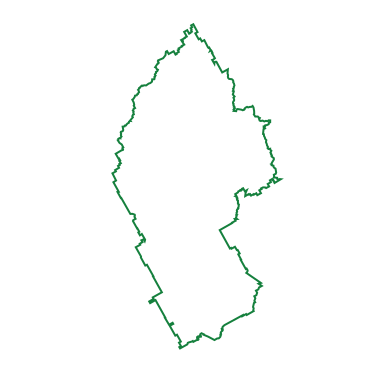 the district of Wagga Wagga, New South Wales, Australia, rotated 232°
{"feature_id": "25037944B76630671058420", "entity_name": "Wagga Wagga", "entity_type": "district", "adm_level": 2, "iso_a3": "AUS", "parent_name": "Australia", "parent_adm1": "New South Wales", "projection": "mercator", "projection_center": [147.38, -35.186], "detail": "fine", "context": "isolated", "style": "outline", "palette": "green", "viewbox_px": 384, "rotation_deg": 232, "n_neighbors": 0, "source": "geoboundaries", "source_scale": "gbopen_adm2", "svg_char_len": 6065}
<svg xmlns="http://www.w3.org/2000/svg" viewBox="0 0 384 384"><g transform="rotate(232 192 192)"><path d="M76.1,86.3L74.8,94.5L75.7,95.8L75.6,96.4L74.2,100.0L74.1,100.9L73.1,100.8L72.5,104.3L71.7,105.8L71.8,106.3L72.4,106.7L73.3,106.6L73.7,106.1L74.5,106.6L74.5,108.0L73.2,108.7L72.5,110.0L72.9,110.3L73.7,109.6L74.1,109.9L75.0,111.5L74.6,112.3L74.7,112.6L72.5,113.7L72.3,113.3L68.2,115.6L61.5,118.6L61.1,121.6L60.2,123.0L60.4,125.0L61.1,126.1L61.6,126.2L61.6,126.6L62.3,126.8L62.2,127.5L63.6,128.2L64.0,129.5L63.9,130.5L64.3,131.3L64.8,131.6L65.2,130.9L66.0,131.2L66.0,132.1L66.9,133.2L67.1,135.6L63.7,156.1L63.1,155.5L62.5,159.5L61.4,159.4L60.2,167.3L61.0,167.4L62.4,169.0L63.8,169.3L66.4,172.5L66.2,173.9L67.8,174.1L69.3,176.5L71.5,176.9L71.1,179.2L72.5,181.3L74.9,181.7L74.4,184.3L75.5,186.0L75.0,189.2L78.7,188.0L77.9,190.3L94.8,185.0L95.2,186.7L96.0,187.6L98.1,187.9L98.2,187.0L108.6,188.6L108.5,189.1L114.4,190.1L114.2,191.7L118.2,192.3L118.6,191.6L122.4,192.1L123.0,188.3L123.9,188.4L124.1,187.1L144.9,190.4L142.8,204.6L143.2,204.7L142.5,208.7L144.4,209.0L143.0,210.9L144.6,210.6L145.2,211.9L145.8,212.1L146.1,212.9L146.3,212.6L146.8,212.8L147.2,213.7L148.3,214.4L148.6,215.4L149.8,215.9L150.4,216.8L150.3,217.7L150.7,218.0L150.7,218.5L151.2,218.6L151.5,219.4L152.4,220.4L152.9,220.6L153.2,221.1L153.7,220.9L154.5,221.4L154.8,221.2L157.0,223.0L157.6,222.6L158.4,222.8L159.0,223.8L159.7,223.5L160.3,223.7L160.3,224.3L161.5,224.4L162.1,223.8L162.2,224.7L163.7,224.8L163.4,228.0L164.0,228.9L163.7,229.7L163.8,230.5L163.1,231.1L163.7,231.6L163.0,232.5L163.1,233.7L163.7,233.7L163.5,234.6L160.0,234.1L159.7,236.2L158.4,233.8L156.0,231.4L155.4,235.5L154.7,235.4L154.5,236.5L152.8,236.3L152.4,239.2L151.8,239.1L151.4,241.9L149.3,241.5L148.6,245.6L151.9,246.1L151.5,248.6L152.3,248.7L151.9,250.8L150.5,252.5L149.5,252.8L148.9,256.2L151.7,256.6L151.2,260.3L153.2,260.6L152.9,263.0L151.7,262.8L151.6,263.5L149.2,263.1L149.2,262.8L148.3,262.6L147.4,269.9L148.2,269.1L148.8,267.7L150.0,267.2L150.8,267.8L153.1,265.4L153.8,266.4L155.2,267.1L154.8,269.2L155.5,270.3L159.0,272.2L160.5,271.7L161.8,271.8L162.6,272.4L164.0,271.3L164.4,271.8L165.2,271.6L165.1,272.2L165.8,272.8L167.2,276.5L168.3,277.3L171.0,276.6L171.7,277.6L172.3,277.3L173.5,277.6L173.7,278.1L174.8,278.1L175.6,279.9L177.4,279.7L178.0,280.2L178.8,278.7L180.1,278.6L180.7,279.6L182.6,279.8L183.6,280.4L185.8,281.0L187.1,282.5L189.0,282.4L190.1,283.0L191.7,283.2L193.3,284.2L194.0,283.7L197.5,287.1L197.2,288.5L198.7,288.2L199.5,288.8L198.7,289.8L199.4,290.2L199.5,290.8L198.7,291.9L198.2,294.1L199.2,295.4L198.8,296.5L200.3,297.7L201.3,296.5L201.2,295.2L202.6,294.0L203.1,292.4L204.8,291.6L205.6,289.9L206.6,289.3L207.8,289.6L208.5,290.9L209.2,290.2L209.8,290.5L211.0,290.3L212.5,288.3L215.1,288.5L215.5,289.3L217.7,290.9L220.8,292.5L222.5,292.7L222.5,291.3L223.5,289.9L224.1,288.3L225.2,287.8L225.5,286.0L225.3,284.6L224.8,284.4L224.7,283.7L225.2,282.3L226.5,281.6L229.3,279.0L229.6,278.1L228.5,276.6L230.2,274.8L230.4,275.3L231.4,275.5L231.4,276.2L231.8,276.5L231.7,277.3L232.7,277.8L233.3,277.5L233.4,278.0L235.0,278.1L235.7,279.0L236.3,278.8L237.3,279.4L237.9,280.3L238.1,281.4L239.2,282.3L240.8,282.7L241.0,284.3L243.7,284.2L245.4,286.7L246.4,286.4L246.7,287.5L248.1,287.9L248.3,289.1L249.1,289.6L249.8,291.0L251.8,291.9L252.9,291.9L253.5,292.3L253.8,292.8L255.1,293.1L256.4,292.8L258.2,290.9L259.5,290.7L260.7,291.2L261.9,292.4L263.6,293.0L266.6,295.8L267.6,289.4L279.6,291.4L280.4,290.3L280.3,289.6L279.3,288.6L283.6,289.2L283.3,289.9L283.3,292.4L289.1,293.2L289.0,293.8L291.3,294.3L291.8,294.3L292.0,293.1L292.5,294.1L295.3,294.5L295.4,293.7L296.5,293.7L304.1,295.2L304.6,292.5L308.0,293.0L308.2,291.3L315.0,292.3L314.6,294.8L323.4,296.3L323.8,293.9L321.7,293.5L321.9,291.8L320.1,291.6L319.8,290.8L318.4,290.6L318.7,288.6L318.3,288.5L318.5,287.2L322.5,287.9L323.0,284.4L317.7,283.6L318.1,281.3L317.7,281.2L318.4,277.0L317.8,277.0L316.6,277.8L316.4,277.7L316.5,276.8L312.9,276.6L313.4,273.9L312.8,273.8L313.4,269.8L312.2,269.5L312.4,268.1L310.5,267.8L310.9,264.8L310.2,264.7L310.4,263.6L314.2,264.2L315.1,258.6L318.4,259.1L318.6,257.8L316.1,255.3L315.2,251.6L316.6,246.3L316.2,245.7L314.4,245.4L314.1,245.0L314.0,244.5L314.4,244.1L313.0,239.8L312.2,240.2L310.5,239.9L309.3,240.4L308.6,239.0L308.8,237.5L307.9,236.9L307.8,235.8L307.3,234.9L306.2,234.9L306.2,234.5L305.6,233.8L305.8,233.2L304.2,232.1L304.1,231.6L305.3,230.0L303.6,228.4L303.5,226.2L304.1,224.6L304.2,221.5L305.6,219.9L305.8,218.9L306.6,218.2L306.3,217.6L306.7,217.1L306.6,215.8L306.2,215.2L306.5,214.3L306.0,213.8L305.7,212.4L305.1,212.5L303.2,211.7L303.0,210.4L302.5,209.7L302.8,209.1L302.2,208.0L303.0,206.4L302.2,205.4L301.4,203.0L301.5,201.8L298.5,201.2L296.2,200.1L295.9,199.2L293.2,198.8L293.5,197.3L293.3,196.8L292.8,196.5L292.6,195.5L291.1,195.4L290.7,194.6L289.0,194.0L289.2,193.0L288.5,191.6L287.3,191.4L286.4,187.2L286.0,187.2L286.3,186.9L286.1,185.5L285.4,184.8L285.7,183.5L285.5,182.0L285.1,181.0L285.7,180.0L285.2,179.3L286.2,177.6L283.2,176.0L282.6,174.8L283.2,173.1L282.9,172.5L281.3,171.9L281.0,171.3L280.2,170.7L279.1,170.6L278.8,169.0L278.4,168.7L279.0,168.3L279.3,166.7L278.4,166.1L278.5,165.4L275.4,165.1L272.7,165.9L269.5,165.3L269.7,164.6L269.0,163.8L268.0,163.9L267.7,163.6L268.3,161.6L269.1,155.4L263.4,154.6L263.3,155.2L261.0,154.8L261.2,153.8L258.5,153.6L258.8,151.9L257.8,151.7L258.1,149.8L256.0,149.4L256.6,144.9L255.1,144.7L255.7,140.8L247.8,139.2L248.1,136.1L237.2,134.4L237.8,133.3L231.0,132.2L230.9,132.6L212.7,129.9L211.4,131.7L209.4,132.9L208.4,132.3L207.9,131.4L205.6,131.0L206.0,128.4L205.5,127.6L197.1,126.3L197.1,126.6L193.1,126.0L193.2,124.8L189.9,124.3L189.8,126.6L183.3,125.7L182.4,124.5L184.5,124.8L185.1,122.4L183.0,122.2L183.4,118.9L182.3,118.7L183.1,113.7L172.5,112.1L171.9,111.4L162.8,109.9L162.4,111.7L149.4,109.7L149.5,109.3L131.5,106.5L133.1,96.2L131.4,95.9L132.1,90.9L130.2,90.6L129.3,96.7L109.4,93.6L109.5,93.2L101.5,92.2L100.9,96.2L99.6,96.0L100.3,92.1L89.1,90.4L88.8,92.3L81.0,91.1L81.3,89.0L77.3,88.4L77.6,86.5L76.1,86.3Z" fill="none" stroke="#15803d" stroke-width="2"/></g></svg>